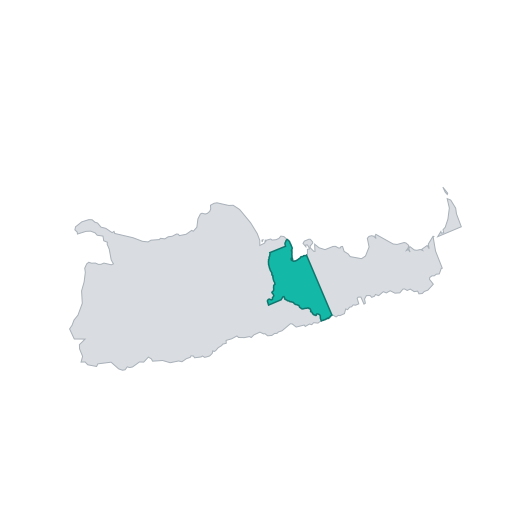 location of Río Negro within Argentina, rotated 247°
{"feature_id": "ARG-1297", "entity_name": "Río Negro", "entity_type": "Province", "adm_level": 1, "iso_a3": "ARG", "parent_name": "Argentina", "parent_adm1": "", "projection": "natural_earth1", "projection_center": [-67.714, -39.784], "detail": "fine", "context": "in_parent", "style": "filled", "palette": "teal", "viewbox_px": 512, "rotation_deg": 247, "n_neighbors": 0, "source": "natural_earth", "source_scale": "10m", "svg_char_len": 8595}
<svg xmlns="http://www.w3.org/2000/svg" viewBox="0 0 512 512"><g transform="rotate(247 256 256)"><path d="M313.9,157.2L311.1,162.2L311.6,165.5L308.9,173.4L309.6,175.0L307.4,178.7L308.0,182.7L306.9,186.6L307.3,191.5L306.4,193.0L304.7,193.4L303.3,200.2L304.7,206.8L303.3,208.0L305.6,212.8L312.8,217.0L316.4,221.2L316.5,223.0L314.5,225.6L314.2,227.8L315.2,230.9L317.0,232.7L320.5,233.9L320.9,238.1L320.2,240.9L313.2,250.6L311.6,254.8L305.2,259.1L288.8,264.0L276.2,265.9L268.9,265.6L264.2,263.6L264.5,269.0L266.8,270.6L265.6,270.7L266.5,271.7L265.9,276.2L264.4,277.0L263.2,280.7L263.2,283.9L264.6,286.6L263.1,289.2L257.5,291.9L251.1,292.5L239.1,288.3L239.6,287.6L239.0,287.3L237.0,288.2L236.1,291.9L237.4,297.5L237.0,302.4L237.7,304.1L242.0,305.9L241.6,307.9L243.1,308.1L246.2,307.6L246.6,306.1L245.0,305.5L249.2,304.2L250.8,306.3L250.8,311.3L250.1,312.6L246.8,313.6L245.8,313.3L244.0,309.8L242.4,309.1L237.7,311.0L237.2,312.1L244.0,314.6L238.9,317.3L234.9,322.0L234.7,330.6L233.8,333.0L231.0,335.2L230.5,336.9L231.4,337.8L231.0,339.4L225.8,338.9L222.0,341.6L218.6,342.5L212.3,352.1L213.2,356.8L220.1,363.6L228.8,365.4L229.9,367.7L229.5,370.3L228.4,371.9L225.2,373.4L228.0,373.4L229.1,374.8L213.5,386.9L211.5,390.4L210.5,397.7L209.3,399.2L206.1,400.7L204.0,399.2L202.3,396.5L202.4,398.6L199.4,399.4L203.0,399.5L204.6,401.3L199.8,404.0L198.4,406.3L197.8,409.7L196.0,411.6L197.4,411.2L198.8,417.7L195.0,418.2L199.7,419.3L205.0,426.7L204.5,427.3L204.3,426.5L190.5,423.2L172.0,422.7L172.2,421.7L167.9,417.7L168.8,414.8L168.1,412.4L169.0,410.2L168.3,407.5L166.7,406.6L160.8,408.2L157.4,400.9L157.6,397.0L156.5,394.4L157.5,391.2L160.5,391.1L161.4,387.7L165.3,385.0L165.2,381.7L167.6,379.9L168.1,378.3L165.9,374.0L167.5,369.4L171.6,365.9L171.1,361.5L173.4,359.3L171.6,353.4L173.9,350.9L172.7,349.5L172.7,346.4L175.0,345.6L176.4,342.1L174.0,339.1L169.8,338.2L169.5,336.6L177.2,336.5L178.2,334.0L177.6,332.6L171.8,331.9L171.8,328.5L173.0,326.3L171.9,324.2L172.3,322.2L170.8,319.3L172.2,317.9L168.4,314.9L168.3,309.9L169.2,308.6L168.6,305.9L172.0,303.4L170.4,298.5L170.6,289.3L170.0,286.8L172.1,283.0L171.0,280.5L172.5,278.6L171.9,273.8L173.6,273.4L174.9,265.2L179.3,262.8L180.2,261.2L177.0,250.8L177.3,246.9L176.6,245.1L177.4,242.8L176.7,239.5L178.0,235.5L181.0,233.9L181.3,232.6L184.4,229.8L184.2,223.2L182.8,219.8L184.4,218.5L185.4,213.4L187.8,208.1L189.8,207.2L189.3,201.1L190.0,195.5L187.3,194.5L187.9,190.6L187.0,189.6L186.4,185.5L184.6,181.8L184.5,180.2L185.5,179.1L183.5,177.7L182.1,174.3L182.4,171.2L182.8,169.1L184.9,167.6L184.5,166.1L186.3,159.7L188.4,159.3L189.5,157.1L188.4,155.9L188.7,152.0L187.6,146.5L189.6,143.8L191.3,135.3L196.3,129.2L199.6,119.7L202.2,119.5L205.0,117.4L202.2,111.2L204.0,107.3L202.1,99.0L202.7,96.0L204.3,94.2L202.4,91.0L203.0,88.5L205.7,85.5L214.9,81.1L218.5,68.3L216.6,66.1L221.6,58.6L225.2,57.3L226.7,53.5L231.4,57.2L239.4,57.3L243.4,58.8L246.3,66.2L250.6,56.3L261.7,55.9L264.0,59.5L268.2,63.5L271.1,69.0L280.3,77.6L292.0,81.8L299.2,87.6L307.6,92.5L311.7,93.6L314.9,97.1L315.6,99.6L313.7,101.7L312.2,105.5L309.9,107.6L308.9,110.1L308.9,113.2L304.4,119.4L304.5,121.7L309.0,121.2L319.8,123.6L325.0,123.6L326.7,124.6L329.5,121.8L334.1,122.9L337.2,117.9L340.2,116.9L343.5,113.5L345.1,109.2L346.0,100.2L347.8,100.8L350.8,99.5L353.4,101.3L355.5,109.0L354.8,116.3L353.4,119.3L350.1,120.9L348.3,123.0L343.1,124.6L340.2,128.5L333.7,132.7L334.1,134.9L332.0,134.7L320.9,149.9L313.9,157.2ZM202.7,456.4L202.8,430.8L206.4,435.8L204.6,435.5L204.1,437.9L207.1,438.4L208.5,441.4L215.0,447.1L224.6,452.7L234.1,454.4L231.4,457.1L222.0,458.5L216.5,457.0L202.7,456.4ZM237.9,456.1L240.8,455.1L246.4,454.9L238.9,457.0L237.9,456.1ZM268.3,267.7L268.2,268.8L266.5,267.1L268.3,267.7Z" fill="#d9dde1" stroke="#a8b0b8" stroke-width="1"/><path d="M171.8,302.8L171.7,302.6L171.8,302.3L171.8,302.1L171.6,301.2L171.3,300.8L171.1,300.5L170.9,300.2L170.9,299.7L170.8,299.3L170.2,298.6L170.2,298.2L170.4,298.0L170.7,297.9L170.8,297.7L170.9,297.4L170.6,297.1L170.6,296.9L170.6,296.7L170.6,296.3L170.7,296.1L170.6,295.9L170.5,295.5L170.4,295.1L170.4,294.7L170.6,293.9L170.7,293.6L170.6,293.4L170.5,293.0L170.5,292.8L170.6,292.7L170.7,292.4L170.7,292.0L170.8,291.5L170.8,291.3L170.7,290.8L170.7,290.7L170.8,290.7L172.0,290.8L172.7,290.9L173.4,290.9L173.7,291.0L175.6,291.7L176.3,291.7L176.5,291.7L177.0,291.6L177.3,291.4L177.5,291.3L177.7,291.2L177.8,291.1L178.0,290.8L178.6,290.1L178.7,289.9L178.8,289.7L178.9,289.4L178.8,289.2L178.7,289.0L178.5,288.8L178.3,288.6L178.1,288.5L178.0,288.4L177.8,288.2L177.8,287.9L178.0,287.7L178.2,287.4L178.3,287.3L178.3,287.2L178.5,287.1L178.8,287.1L178.9,286.9L179.0,286.8L179.0,286.7L179.2,286.3L179.3,286.2L179.9,285.9L180.1,285.9L180.4,285.8L180.5,285.8L180.8,285.5L181.1,285.5L181.4,285.6L181.5,285.6L181.8,285.6L182.2,285.6L182.5,285.4L182.8,285.2L183.2,284.7L183.4,284.6L183.6,284.6L183.8,284.7L184.0,284.8L184.2,285.0L184.5,285.3L184.9,285.3L185.7,285.0L186.5,285.1L186.8,284.9L186.9,284.7L187.0,284.2L187.4,284.0L187.5,284.0L187.7,283.9L187.8,283.8L187.9,283.7L188.0,283.5L188.0,283.2L188.0,282.5L188.1,282.3L188.4,281.3L188.6,280.9L188.7,280.7L188.7,280.2L188.8,279.8L188.8,279.7L188.9,279.0L188.9,278.7L189.1,278.4L189.1,278.1L189.2,277.9L189.3,277.7L189.5,277.5L191.9,276.1L192.1,276.1L192.4,276.1L193.3,276.2L193.5,276.1L193.8,276.0L194.4,275.3L194.8,275.0L195.0,274.8L195.5,274.1L195.6,273.9L195.8,273.6L196.0,273.4L196.2,273.2L196.5,273.0L196.8,272.9L197.2,272.6L197.4,272.5L197.5,272.5L197.8,272.5L198.1,272.5L198.4,272.3L198.8,272.1L199.0,271.9L199.5,271.1L199.7,270.9L200.2,270.6L200.3,270.4L200.4,269.8L200.5,269.6L200.8,269.4L201.0,269.1L201.5,268.9L201.8,268.7L202.2,268.0L202.4,267.6L202.7,267.4L203.0,267.2L203.4,267.1L203.7,266.9L204.3,266.2L204.6,266.0L204.8,265.9L205.2,265.6L205.3,265.6L205.5,265.8L205.8,266.0L206.0,265.9L206.3,265.8L206.9,266.0L207.2,266.0L208.3,265.7L208.2,265.7L208.0,265.4L208.0,265.1L207.9,264.9L206.6,262.9L206.1,262.3L205.9,262.1L205.9,261.8L205.9,250.3L205.9,248.4L209.8,248.8L210.3,249.0L210.6,249.3L210.8,249.7L211.1,250.1L211.2,250.5L211.2,251.0L211.1,251.5L210.9,251.8L210.2,252.3L209.9,252.6L209.6,253.0L209.6,253.6L209.6,253.8L209.7,254.1L209.8,254.3L210.0,254.5L210.5,254.5L211.0,254.7L211.3,255.0L211.8,256.1L212.1,256.5L212.4,256.8L212.8,257.0L213.5,256.9L213.8,256.8L214.5,256.9L214.8,256.8L215.2,256.5L216.1,256.4L216.3,256.4L216.5,256.5L216.6,256.8L216.6,257.1L216.9,257.9L217.3,258.4L217.4,258.5L217.5,258.8L218.7,259.4L219.1,259.5L219.4,259.7L219.7,259.7L220.1,259.8L220.5,260.1L220.8,260.3L221.3,260.4L221.7,260.6L222.0,260.9L222.2,261.2L222.4,261.6L222.4,262.2L222.5,262.4L222.8,262.4L223.0,262.5L224.2,262.8L224.7,262.8L226.0,262.6L228.5,262.9L228.8,263.0L229.0,263.1L229.4,263.2L229.8,263.2L229.9,263.3L230.0,263.3L230.2,263.5L230.3,263.5L230.7,263.5L230.8,263.6L231.0,263.7L231.1,263.8L231.3,263.8L231.5,263.7L231.9,263.4L232.1,263.3L232.4,263.3L232.9,263.4L233.7,263.7L234.1,264.0L234.3,264.0L234.8,263.9L235.3,263.9L236.8,263.6L238.1,263.6L238.5,263.8L239.2,263.7L239.5,263.8L239.7,263.7L242.4,264.2L243.1,264.2L246.3,265.4L247.0,265.9L247.2,266.0L247.6,266.0L247.8,266.2L248.6,267.2L248.8,267.3L249.5,267.4L249.9,267.6L250.0,267.7L250.1,267.9L250.4,268.3L250.5,268.5L250.9,268.7L252.2,269.5L252.4,269.8L252.8,269.9L253.7,270.0L253.6,276.7L253.5,283.4L253.4,286.6L253.4,287.0L255.4,287.3L256.1,287.5L257.0,288.2L257.4,288.8L257.5,288.9L258.0,289.2L258.5,289.8L258.7,290.0L259.0,290.8L259.1,291.1L258.9,291.3L258.6,291.5L257.8,291.8L256.6,292.4L256.2,292.5L254.0,292.4L253.6,292.5L253.4,292.6L252.5,292.5L251.1,292.5L249.5,292.5L249.1,292.4L248.7,292.2L247.7,291.3L247.3,291.1L246.9,291.1L246.8,290.8L246.9,290.7L246.6,290.6L246.3,290.7L246.1,290.8L245.7,290.7L243.4,289.5L242.0,289.1L241.1,288.7L240.3,288.5L239.8,288.5L239.1,288.5L238.8,288.5L238.5,288.4L238.5,288.2L239.0,288.0L239.1,288.3L239.3,288.2L239.9,288.2L240.1,288.2L240.1,287.8L239.8,287.7L239.6,287.6L239.9,287.4L239.7,287.2L238.8,287.0L238.2,287.0L237.9,287.2L237.8,287.3L238.0,287.3L238.3,287.2L238.5,287.3L238.3,287.5L238.5,287.6L238.6,287.8L237.6,287.7L237.4,287.8L236.5,288.5L236.4,288.6L236.4,288.8L236.4,289.0L236.2,289.4L236.1,289.6L236.0,289.9L236.0,290.2L236.0,290.7L236.2,292.8L236.6,294.2L236.6,294.6L236.8,295.3L236.9,295.7L237.0,296.1L237.5,296.6L237.7,297.0L237.7,297.3L237.6,297.8L237.4,298.1L237.3,298.4L237.2,298.7L237.3,299.2L237.6,299.8L237.6,300.3L237.4,300.8L237.0,301.7L236.8,302.2L236.9,302.6L237.0,302.9L236.9,302.9L236.3,302.8L230.4,302.8L227.5,302.8L219.2,302.8L207.6,302.8L204.2,302.8L195.9,302.8L194.8,302.8L177.0,302.8L171.9,302.8L171.8,302.8Z" fill="#14b8a6" stroke="#0f766e" stroke-width="1.5"/></g></svg>